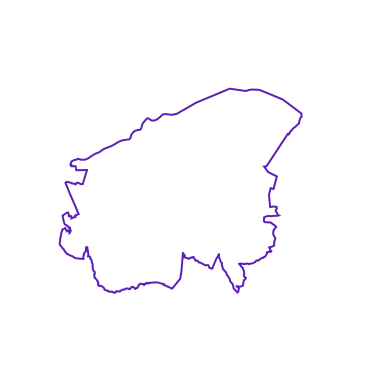 Bucov, Prahova, Romania, rotated 137°
{"feature_id": "2599482B21146136676723", "entity_name": "Bucov", "entity_type": "district", "adm_level": 2, "iso_a3": "ROU", "parent_name": "Romania", "parent_adm1": "Prahova", "projection": "equal_earth", "projection_center": [26.112, 44.989], "detail": "fine", "context": "isolated", "style": "outline", "palette": "violet", "viewbox_px": 384, "rotation_deg": 137, "n_neighbors": 0, "source": "geoboundaries", "source_scale": "gbopen_adm2", "svg_char_len": 6025}
<svg xmlns="http://www.w3.org/2000/svg" viewBox="0 0 384 384"><g transform="rotate(137 192 192)"><path d="M259.3,296.5L262.2,295.0L261.7,294.2L262.7,293.5L262.7,293.2L259.6,290.2L261.7,286.8L253.8,279.7L266.5,272.3L267.9,273.5L268.2,274.0L268.4,275.2L268.8,275.6L268.8,276.1L269.3,276.8L270.1,277.3L270.6,277.4L271.5,277.0L271.9,276.9L272.1,277.2L272.4,278.3L272.6,278.7L273.5,279.4L275.2,283.1L275.7,283.4L276.5,284.7L277.4,285.0L278.3,285.0L279.0,283.2L281.0,277.7L282.0,275.4L288.3,257.6L288.8,256.7L288.9,256.1L290.0,253.2L293.6,254.5L293.8,254.4L293.8,254.1L294.3,253.3L294.7,253.7L298.2,254.9L297.6,255.6L296.8,256.6L298.1,257.6L297.8,258.0L298.4,258.4L297.8,259.0L296.6,261.5L298.2,262.3L302.8,263.0L304.8,259.6L305.6,258.4L306.9,255.7L307.0,255.0L306.9,254.3L306.4,253.3L306.2,251.5L306.4,250.0L305.8,249.7L305.5,249.2L306.1,248.6L306.7,247.1L307.3,246.2L307.7,246.2L308.9,245.5L309.7,245.5L308.1,247.9L308.7,248.3L310.4,248.6L309.5,251.1L309.3,252.0L312.5,252.9L313.6,252.1L315.6,251.2L318.5,248.8L319.9,248.1L321.6,246.3L323.4,245.1L324.3,244.1L324.7,243.3L324.7,241.4L325.0,239.4L324.9,237.5L325.3,236.3L325.5,234.2L325.6,232.0L325.3,231.5L325.1,230.6L324.3,228.5L323.2,226.4L322.6,223.5L322.3,223.0L318.2,218.3L317.0,217.1L315.7,218.8L314.7,219.3L314.6,219.5L313.9,219.7L313.6,220.1L313.5,220.5L310.1,221.2L307.0,223.8L306.5,223.5L306.3,222.9L306.5,222.5L307.7,221.2L307.7,220.9L309.5,218.4L310.1,217.2L311.9,215.8L311.4,215.4L311.0,214.9L310.8,214.1L311.1,213.3L311.8,212.9L311.9,211.4L311.9,210.5L313.1,209.1L313.6,207.7L314.3,206.6L316.1,204.6L317.6,202.0L317.6,201.5L317.9,200.7L317.8,200.3L317.7,199.8L318.8,198.5L319.8,198.1L320.2,198.2L320.9,196.7L321.3,196.1L321.7,195.9L321.4,195.1L321.6,194.0L321.6,192.6L321.8,191.5L322.1,191.2L322.0,190.4L322.3,189.8L322.9,189.0L323.9,188.5L324.0,187.8L323.7,187.4L324.0,186.5L323.6,186.0L322.7,185.6L322.2,184.7L321.9,181.6L322.6,180.1L321.6,178.2L321.0,177.6L321.0,177.3L321.1,176.6L320.4,176.0L319.9,174.6L318.7,174.0L318.5,173.7L318.3,173.4L318.4,172.9L317.6,172.0L317.3,170.9L316.1,170.8L315.2,171.1L314.6,170.6L314.2,170.0L313.6,169.7L313.3,169.1L312.8,168.5L311.9,168.6L310.8,168.1L309.4,168.0L308.1,166.8L306.2,166.6L305.8,166.0L304.9,165.3L304.5,164.7L304.2,163.8L303.5,163.4L302.9,163.3L302.4,163.6L301.9,163.5L301.5,163.7L300.3,163.4L299.6,162.2L299.6,161.4L299.5,159.7L298.2,159.7L297.4,159.2L296.9,159.5L295.9,159.4L295.6,159.5L294.8,160.3L294.5,160.4L292.0,160.0L291.5,159.2L291.3,158.5L290.2,157.7L290.5,157.0L290.4,156.7L288.9,156.8L288.2,156.4L287.4,156.6L287.3,156.4L287.3,155.8L286.7,155.2L285.7,155.2L285.7,154.8L283.4,153.3L279.7,150.2L278.7,149.1L275.4,143.6L276.0,143.4L272.4,134.9L260.4,136.5L259.4,136.9L253.7,141.3L240.3,153.5L240.2,153.3L240.2,152.8L240.9,151.3L240.6,150.7L240.7,150.3L240.9,150.1L241.8,150.1L242.1,149.5L241.6,148.8L241.5,148.2L240.4,146.9L240.2,145.6L240.0,145.3L238.5,145.1L238.0,144.7L236.6,144.4L236.2,144.2L236.2,143.6L235.2,143.2L235.5,142.4L235.5,142.0L235.8,141.2L235.8,140.8L236.0,140.5L235.9,140.2L236.2,139.6L236.1,139.1L235.6,138.9L234.9,138.2L234.9,137.9L235.1,137.8L234.9,136.3L235.0,135.8L234.1,134.7L232.6,130.4L232.5,129.7L232.2,129.1L230.2,127.9L230.0,126.8L230.7,125.8L230.8,125.3L230.9,124.3L230.7,123.8L230.1,123.4L229.5,122.2L219.0,126.9L218.5,126.8L216.1,127.6L214.4,128.7L214.9,127.8L216.0,126.6L216.3,126.4L216.9,125.2L217.9,122.6L218.5,121.6L218.7,121.1L218.6,119.5L220.1,118.0L220.7,116.5L221.7,115.1L221.8,113.5L221.9,113.0L222.0,111.9L221.9,110.1L222.2,109.3L223.0,107.8L223.1,106.7L223.0,105.9L223.8,102.6L225.0,100.8L224.9,99.3L225.1,98.6L225.1,97.1L225.6,95.9L227.3,93.0L227.3,87.5L226.0,87.6L225.0,88.4L223.4,89.5L223.3,89.8L223.6,92.3L223.6,92.6L223.3,92.6L222.2,90.7L221.6,90.2L219.4,88.9L218.7,88.8L215.7,91.1L214.0,92.1L212.8,91.8L211.1,92.4L211.2,93.1L211.6,94.0L211.2,95.2L210.8,95.9L209.6,96.6L208.5,97.8L207.9,98.8L206.7,102.1L206.6,103.1L206.8,103.8L206.6,105.0L206.7,106.4L206.6,107.2L206.5,107.3L205.6,106.8L204.7,105.7L203.8,105.0L203.4,104.0L199.9,101.5L199.5,100.3L198.0,99.8L196.8,98.7L193.7,97.7L191.8,98.0L191.2,97.8L190.2,96.6L189.8,96.4L188.5,96.6L185.9,96.1L185.1,95.7L184.9,95.3L183.9,95.4L182.4,94.9L178.8,95.9L178.5,96.1L178.4,96.8L178.2,96.9L178.0,96.7L177.9,96.2L176.6,96.0L175.9,95.1L175.1,94.5L174.8,94.4L174.2,94.8L174.5,95.8L174.5,96.2L174.1,96.8L173.0,97.8L173.4,98.2L173.6,98.7L173.4,98.9L172.9,98.7L171.9,98.0L168.9,96.8L168.2,96.9L167.9,97.7L167.6,98.1L166.4,98.7L165.3,99.9L163.7,100.4L163.2,100.7L162.3,102.1L162.0,104.0L161.6,105.3L161.0,106.2L159.7,107.5L158.5,108.3L157.2,108.7L156.1,108.9L154.6,108.8L154.2,109.4L154.2,110.6L155.2,115.5L155.6,116.6L157.1,117.9L157.9,118.9L158.9,119.7L159.3,120.3L159.3,121.6L158.8,122.1L156.6,124.3L154.4,123.5L152.9,122.7L150.2,120.0L148.8,119.1L146.3,116.8L144.5,115.7L144.7,116.5L144.0,119.6L143.9,120.4L143.7,120.9L143.4,121.3L142.8,121.8L141.5,121.8L140.3,123.4L142.4,125.9L145.1,127.7L137.8,137.3L131.9,141.2L130.3,138.6L119.3,145.5L122.1,152.9L122.7,154.6L121.9,161.4L120.0,160.0L82.5,169.1L82.2,168.2L81.5,168.1L81.1,168.2L80.7,168.7L80.1,168.9L74.4,169.5L71.8,169.2L68.5,169.3L67.3,169.1L66.8,169.4L65.5,170.4L62.5,172.1L61.3,172.4L60.6,172.3L58.4,174.8L59.1,178.4L62.5,197.7L72.7,220.0L75.4,223.4L76.3,223.9L77.1,224.7L78.1,226.0L81.3,228.0L83.8,229.2L94.0,241.9L128.1,254.5L150.4,259.7L150.8,259.9L151.0,260.4L151.4,260.7L153.1,261.5L154.1,262.2L157.9,266.7L159.9,268.4L161.8,268.7L163.1,268.6L165.5,268.7L168.7,269.1L170.0,269.6L171.5,270.5L172.8,271.9L173.6,275.5L174.2,276.1L174.7,276.3L175.3,276.5L181.2,275.8L183.4,274.6L185.2,273.4L186.8,272.9L187.5,273.0L188.0,273.2L189.4,274.3L191.7,275.5L194.1,275.8L197.1,275.3L198.1,274.8L200.1,273.5L200.9,273.3L201.9,273.4L202.5,273.6L204.4,275.1L208.7,277.8L210.6,278.4L212.3,278.9L217.9,280.1L221.0,281.1L224.3,282.5L227.6,283.7L232.9,284.4L236.6,285.9L241.1,286.9L244.6,287.3L247.6,288.4L248.9,289.0L249.8,290.2L251.3,291.4L252.3,293.4L252.9,294.0L253.4,294.3L254.4,294.4L256.1,295.6L259.3,296.5Z" fill="none" stroke="#5b21b6" stroke-width="2"/></g></svg>